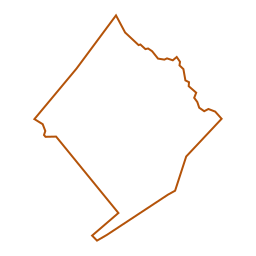 the district of Colorado, Texas, United States of America
{"feature_id": "52423323B95841930276474", "entity_name": "Colorado", "entity_type": "district", "adm_level": 2, "iso_a3": "USA", "parent_name": "United States of America", "parent_adm1": "Texas", "projection": "robinson", "projection_center": [-96.463, 29.605], "detail": "fine", "context": "isolated", "style": "outline", "palette": "amber", "viewbox_px": 256, "rotation_deg": 0, "n_neighbors": 0, "source": "geoboundaries", "source_scale": "gbopen_adm2", "svg_char_len": 588}
<svg xmlns="http://www.w3.org/2000/svg" viewBox="0 0 256 256"><path d="M92.1,235.6L97.0,240.6L106.7,235.0L167.9,194.7L175.1,190.7L186.2,156.5L221.6,118.8L215.2,111.6L208.4,109.0L204.2,111.2L199.2,107.7L197.3,102.0L194.2,97.8L196.2,92.7L188.7,86.2L189.0,82.2L185.4,80.4L183.4,69.1L179.5,65.4L180.0,61.8L176.7,57.0L172.8,60.3L167.0,58.4L164.4,59.6L158.0,58.6L152.1,51.2L148.1,48.5L145.4,49.1L140.4,44.5L138.6,45.1L125.1,32.5L116.0,15.4L76.5,68.6L34.4,119.1L42.7,124.2L45.3,131.0L44.0,135.0L45.5,136.8L56.1,136.6L118.4,213.0L92.1,235.6Z" fill="none" stroke="#b45309" stroke-width="2"/></svg>